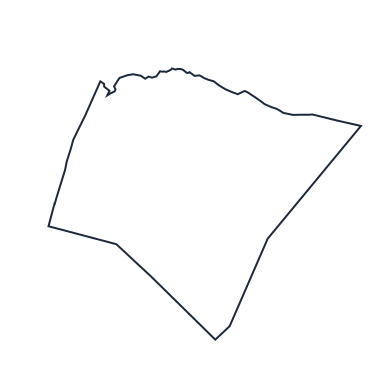 outline of Tamchekett, Hodh el Gharbi, Mauritania, rotated 113°
{"feature_id": "47542326B49487198034252", "entity_name": "Tamchekett", "entity_type": "district", "adm_level": 2, "iso_a3": "MRT", "parent_name": "Mauritania", "parent_adm1": "Hodh el Gharbi", "projection": "robinson", "projection_center": [-10.754, 17.114], "detail": "fine", "context": "isolated", "style": "outline", "palette": "slate", "viewbox_px": 384, "rotation_deg": 113, "n_neighbors": 0, "source": "geoboundaries", "source_scale": "gbopen_adm2", "svg_char_len": 1102}
<svg xmlns="http://www.w3.org/2000/svg" viewBox="0 0 384 384"><g transform="rotate(113 192 192)"><path d="M73.6,111.5L75.5,115.2L77.8,120.8L81.6,129.2L82.5,133.9L83.5,138.9L82.7,143.4L82.4,147.2L82.8,151.7L82.8,159.0L80.5,168.9L78.5,179.8L78.4,183.0L84.1,188.1L84.4,193.8L84.4,201.3L83.2,209.4L81.6,215.2L82.3,220.7L82.4,225.6L82.3,225.8L81.7,230.6L84.1,235.0L82.7,241.2L83.6,241.7L84.4,243.3L83.1,247.8L83.1,249.3L83.4,250.9L84.1,252.6L84.2,253.1L85.9,255.4L85.9,256.8L86.2,258.8L87.4,259.0L89.2,260.4L91.5,262.6L92.0,264.8L92.7,266.1L93.1,267.4L93.5,268.7L94.8,268.9L99.5,270.0L102.4,273.6L102.7,277.0L106.0,279.4L105.0,284.4L105.5,287.1L106.6,292.2L109.9,297.3L115.3,303.3L119.6,304.1L125.2,305.0L127.5,302.5L129.6,302.5L132.6,305.2L136.1,307.7L131.1,307.5L129.4,313.9L126.8,315.3L126.6,316.5L126.2,318.3L126.0,319.6L163.1,320.2L190.2,321.7L200.1,320.4L213.0,319.2L221.0,317.5L251.2,314.4L256.5,313.7L256.5,314.0L279.6,310.7L269.6,241.2L280.1,212.4L285.5,197.4L318.8,112.9L317.7,112.4L300.8,104.9L205.4,104.1L65.2,62.3L69.6,86.6L73.6,111.5Z" fill="none" stroke="#1e293b" stroke-width="2"/></g></svg>